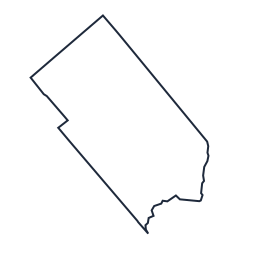 Fremont, Colorado, United States of America, rotated 230°
{"feature_id": "52423323B14267745196837", "entity_name": "Fremont", "entity_type": "district", "adm_level": 2, "iso_a3": "USA", "parent_name": "United States of America", "parent_adm1": "Colorado", "projection": "albers", "projection_center": [-105.647, 38.478], "detail": "fine", "context": "isolated", "style": "outline", "palette": "slate", "viewbox_px": 256, "rotation_deg": 230, "n_neighbors": 0, "source": "geoboundaries", "source_scale": "gbopen_adm2", "svg_char_len": 613}
<svg xmlns="http://www.w3.org/2000/svg" viewBox="0 0 256 256"><g transform="rotate(230 128 128)"><path d="M229.6,117.5L229.2,85.8L208.0,85.2L204.7,86.3L176.5,86.7L172.6,86.7L173.0,74.7L155.7,74.7L50.8,75.5L49.4,75.3L34.1,75.6L38.7,76.4L42.3,78.9L42.5,82.2L45.8,86.0L44.3,91.1L49.7,93.2L51.4,97.9L48.7,104.9L50.0,107.8L46.5,111.0L45.5,121.3L40.0,121.9L26.1,135.6L25.7,137.2L28.7,142.0L31.1,142.1L38.0,149.3L38.6,152.2L43.3,155.0L49.2,161.4L51.6,167.5L55.0,171.8L58.0,173.0L62.5,177.8L66.7,179.9L204.7,181.3L209.5,181.3L230.3,181.1L230.0,153.4L229.6,117.5Z" fill="none" stroke="#1e293b" stroke-width="2"/></g></svg>